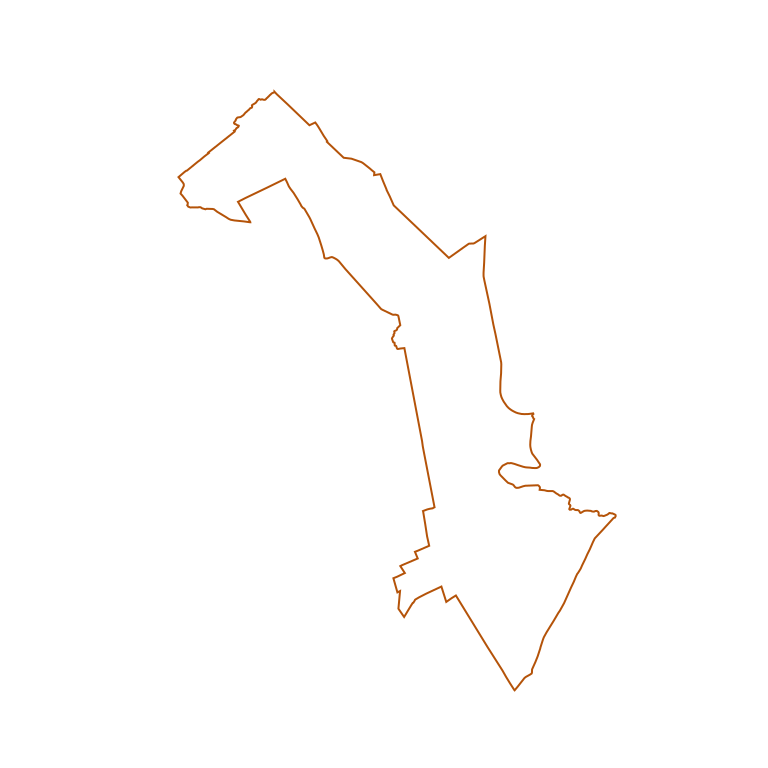 the district of Muñoz de Domingo Arenas, Tlaxcala, Mexico, rotated 35°
{"feature_id": "50627088B8354307803042", "entity_name": "Muñoz de Domingo Arenas", "entity_type": "district", "adm_level": 2, "iso_a3": "MEX", "parent_name": "Mexico", "parent_adm1": "Tlaxcala", "projection": "mercator", "projection_center": [-98.236, 19.501], "detail": "fine", "context": "isolated", "style": "outline", "palette": "amber", "viewbox_px": 768, "rotation_deg": 35, "n_neighbors": 0, "source": "geoboundaries", "source_scale": "gbopen_adm2", "svg_char_len": 6150}
<svg xmlns="http://www.w3.org/2000/svg" viewBox="0 0 768 768"><g transform="rotate(35 384 384)"><path d="M382.3,204.7L377.3,216.7L376.6,217.7L373.7,219.8L373.0,220.5L370.4,227.7L364.8,243.5L289.5,232.1L281.1,227.0L274.7,223.5L274.5,223.2L266.6,218.2L260.6,214.2L256.1,218.6L254.7,216.1L251.6,215.9L248.9,215.6L240.4,215.1L238.3,215.2L228.1,218.1L221.2,221.8L198.3,218.4L198.3,217.6L192.3,215.3L184.5,211.8L181.2,210.4L177.7,209.2L174.5,214.8L144.7,210.2L129.8,208.1L126.6,207.4L126.8,207.7L126.8,208.2L125.7,209.6L125.5,210.1L125.2,211.0L125.1,211.9L124.8,212.8L124.6,214.5L124.4,215.1L124.3,216.2L124.0,217.1L123.9,217.8L123.9,218.4L123.6,219.3L123.3,219.6L122.8,220.0L121.9,220.4L121.1,220.6L120.7,220.8L120.1,221.6L119.8,221.9L118.9,222.0L118.3,222.2L118.0,222.4L117.9,222.6L117.9,223.5L117.7,224.6L117.7,227.0L117.3,228.2L116.0,231.0L116.0,231.4L116.1,231.7L116.7,232.2L117.0,232.5L117.1,232.9L117.2,233.4L117.0,233.8L116.3,234.7L116.2,235.0L116.0,237.0L115.6,238.2L115.2,240.3L114.9,240.8L114.6,244.4L113.4,247.6L111.8,249.1L111.1,249.8L111.0,250.2L110.9,251.5L111.0,252.5L111.3,253.1L111.3,253.7L111.2,255.4L111.2,255.8L111.4,256.2L111.6,256.3L111.9,256.5L112.7,256.6L112.9,256.4L114.2,256.2L115.4,256.2L116.7,255.7L117.0,255.8L117.2,257.0L117.1,257.5L116.9,258.1L116.5,258.8L116.4,259.2L116.5,260.9L116.4,261.4L115.8,262.5L116.9,262.9L107.3,295.2L108.0,295.3L106.3,300.7L104.8,306.4L104.0,308.7L100.2,322.2L99.6,322.9L99.0,324.7L97.0,332.4L103.5,334.3L105.0,334.9L105.9,335.8L106.4,336.7L107.3,342.4L108.1,344.7L110.8,345.3L119.3,348.0L120.4,350.0L120.3,350.4L121.9,351.0L124.1,350.5L125.6,349.3L130.3,346.1L130.9,345.4L132.0,344.6L132.7,344.4L134.3,344.4L137.5,343.3L138.2,342.2L143.1,339.0L144.4,338.4L148.7,338.6L158.8,337.9L162.1,337.8L164.2,337.4L167.7,335.8L176.1,331.1L181.4,328.4L181.7,328.2L181.4,327.9L173.7,324.7L159.9,318.5L163.9,311.0L175.5,290.4L185.4,272.5L188.9,274.4L192.7,276.7L195.5,277.8L200.3,279.3L207.4,282.3L212.8,284.8L214.2,285.6L216.0,286.1L216.7,286.2L217.7,286.1L218.2,286.1L218.7,286.3L227.2,290.2L229.1,291.2L238.1,296.5L243.5,299.5L246.5,301.4L253.2,306.5L257.1,309.6L260.3,312.3L262.7,314.8L263.7,314.9L264.3,314.6L265.3,313.9L266.3,312.7L267.3,311.2L268.5,309.9L270.0,309.5L272.3,309.2L273.7,309.1L274.8,309.1L276.6,309.3L286.4,312.0L332.8,322.8L338.4,324.2L338.9,324.2L340.1,324.1L351.1,322.3L352.0,321.9L353.6,320.6L355.2,320.0L356.0,319.8L356.6,320.0L356.8,320.1L363.6,326.5L362.8,330.5L362.9,330.8L363.4,331.9L363.4,332.3L363.3,332.9L362.2,334.7L362.2,335.0L362.3,335.2L363.4,336.2L363.5,337.9L363.6,338.3L364.1,338.5L364.3,338.8L364.2,341.1L364.3,341.6L364.5,342.3L366.3,343.6L367.6,344.5L367.9,344.5L368.3,344.4L368.9,344.1L369.1,344.2L369.6,344.9L370.6,346.2L370.8,346.3L371.0,346.3L371.8,345.9L372.2,345.9L373.9,347.2L374.4,347.5L374.8,347.5L375.2,347.4L375.6,347.1L376.9,345.7L380.1,342.9L447.9,408.9L451.5,412.8L455.8,417.0L496.1,456.0L495.5,457.0L495.2,457.9L493.3,459.7L491.4,461.9L488.8,465.7L489.3,466.1L498.2,475.2L506.7,484.1L513.8,490.6L507.3,501.2L505.6,503.7L511.7,507.6L502.8,521.9L501.8,523.8L509.5,526.9L507.9,529.7L505.4,534.2L503.1,537.7L514.5,547.0L515.9,544.4L524.7,559.8L534.1,563.3L533.9,559.9L533.6,555.9L533.2,549.6L533.1,546.8L533.5,546.4L533.4,544.1L533.2,543.0L533.3,542.6L535.1,538.6L538.9,531.4L547.2,517.0L560.0,526.8L562.2,520.7L564.2,516.0L619.7,540.1L645.5,550.8L652.0,553.9L658.9,556.9L666.2,559.9L666.7,560.0L667.1,555.4L667.7,544.3L668.2,542.6L670.3,538.3L671.0,536.5L670.7,535.5L669.0,532.9L667.5,525.0L666.1,519.0L663.7,511.1L663.2,509.9L660.8,502.2L660.2,499.8L659.6,494.3L659.2,487.5L658.8,480.3L658.1,471.5L658.1,468.8L657.2,460.2L653.9,443.1L652.9,437.1L651.7,431.7L651.2,428.7L651.3,427.5L651.2,425.3L651.0,422.3L650.3,418.9L649.2,411.9L648.2,406.8L647.4,401.3L645.8,393.5L645.2,389.6L646.9,377.6L647.3,374.3L648.9,362.1L649.8,360.9L649.7,360.6L649.6,359.5L649.2,358.9L648.8,358.5L648.1,358.5L647.6,358.5L646.6,358.8L645.5,358.9L644.6,359.5L642.9,360.2L642.6,360.4L642.5,360.7L642.5,361.1L641.9,362.8L641.5,363.5L640.0,365.8L639.5,366.3L637.8,366.9L637.4,367.2L636.3,368.2L636.0,368.4L635.6,368.4L635.3,368.4L635.0,368.2L634.8,368.1L633.9,366.5L633.2,366.1L632.9,365.9L632.0,365.9L631.2,365.9L630.5,366.4L630.1,366.7L629.2,368.1L628.4,368.6L627.4,369.1L626.7,369.2L626.2,369.3L623.1,371.1L622.0,372.0L621.1,372.8L620.6,373.5L619.9,375.0L619.4,376.2L619.1,376.7L618.9,376.9L618.3,376.9L616.9,376.1L615.8,376.0L615.1,376.1L613.3,377.3L612.7,377.5L612.0,377.6L610.7,377.6L610.3,377.9L610.0,378.1L609.4,379.5L608.7,380.1L608.3,380.4L607.7,380.3L607.5,380.2L606.6,376.9L606.3,376.6L605.7,376.3L604.6,376.3L604.2,376.1L603.9,375.7L602.7,372.2L602.2,371.5L601.6,371.2L601.0,371.2L600.3,371.2L599.5,371.5L598.5,371.4L597.1,371.6L594.6,371.6L593.8,372.3L593.6,372.8L593.3,373.8L592.5,374.4L591.8,374.7L589.8,374.6L587.9,374.8L584.8,374.7L583.7,374.9L583.2,375.2L580.0,377.5L578.6,378.2L576.4,379.0L572.2,381.4L571.4,379.8L570.9,379.2L570.6,379.0L569.6,378.7L569.0,378.6L568.4,378.6L568.1,378.7L558.1,386.3L556.6,388.0L554.1,391.4L553.4,392.1L552.5,392.8L551.8,393.2L550.7,393.3L550.1,393.2L548.4,392.6L547.6,392.5L547.0,392.5L542.6,393.7L542.2,393.8L538.9,393.3L531.8,392.0L530.3,391.5L528.7,390.2L527.9,389.0L527.8,388.8L527.9,383.8L528.1,382.7L530.6,378.0L532.6,376.7L533.0,376.2L533.8,375.7L536.8,374.6L540.0,373.7L545.4,372.0L547.4,371.2L548.9,370.4L551.5,368.8L553.5,367.8L555.7,366.4L557.2,365.3L557.8,364.5L558.5,363.2L558.7,362.2L558.7,361.5L558.1,360.5L557.3,360.0L556.3,359.7L553.0,358.4L545.4,356.0L544.0,355.1L542.1,353.6L540.0,351.6L538.7,350.0L536.6,346.7L534.4,342.5L529.5,334.1L528.7,332.6L528.0,330.5L527.1,326.6L526.6,326.6L526.0,326.4L524.9,325.6L524.2,325.5L523.6,325.2L523.5,324.9L523.4,324.2L523.6,322.9L523.0,322.5L520.9,324.5L519.0,326.2L515.9,328.4L513.8,329.7L510.5,331.1L508.4,331.7L505.8,332.1L503.7,332.3L501.7,332.3L499.9,332.2L497.4,331.7L492.2,329.8L489.6,328.5L487.6,327.3L485.9,325.9L484.2,324.3L483.0,322.7L477.9,315.1L473.8,308.1L468.8,300.6L467.5,299.0L446.8,279.3L439.4,272.5L424.4,257.9L406.8,241.6L404.1,239.0L403.3,238.0L401.7,235.7L396.6,227.4L387.3,212.9L382.3,204.7Z" fill="none" stroke="#b45309" stroke-width="2"/></g></svg>